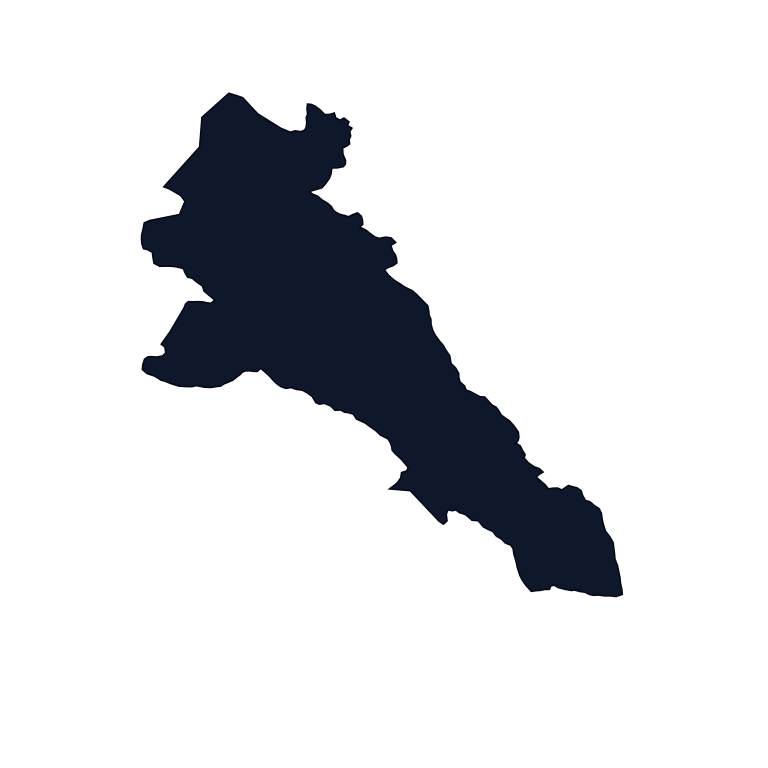 the district of Ubaíra, Bahia, Brazil, rotated 315°
{"feature_id": "56859067B29513354992445", "entity_name": "Ubaíra", "entity_type": "district", "adm_level": 2, "iso_a3": "BRA", "parent_name": "Brazil", "parent_adm1": "Bahia", "projection": "equal_earth", "projection_center": [-39.677, -13.316], "detail": "fine", "context": "isolated", "style": "filled", "palette": "ink", "viewbox_px": 768, "rotation_deg": 315, "n_neighbors": 0, "source": "geoboundaries", "source_scale": "gbopen_adm2", "svg_char_len": 4037}
<svg xmlns="http://www.w3.org/2000/svg" viewBox="0 0 768 768"><g transform="rotate(315 384 384)"><path d="M367.7,88.8L370.1,94.1L371.3,98.5L373.5,107.1L372.4,114.1L359.2,119.5L334.1,102.8L328.4,100.5L323.9,103.6L318.0,107.2L314.8,110.2L311.8,113.8L309.6,118.3L311.8,121.7L313.3,127.1L310.7,130.3L306.7,136.0L308.6,142.2L312.3,145.7L315.6,149.0L318.7,152.6L321.4,156.5L323.7,160.5L321.8,165.0L320.7,169.6L323.2,173.8L323.7,180.1L324.9,186.3L322.4,191.2L323.0,197.8L323.7,205.0L318.8,204.5L316.0,201.2L314.0,197.8L310.7,194.2L306.9,190.6L303.9,187.4L300.5,187.0L296.2,188.8L270.7,195.5L254.6,198.3L255.2,202.9L251.6,207.7L247.2,207.5L242.2,204.1L238.8,200.0L236.3,197.8L232.2,197.1L227.4,199.6L223.4,202.7L223.7,208.8L227.5,216.5L229.0,223.5L231.3,227.6L233.6,233.2L237.5,240.6L243.6,247.4L246.7,250.4L250.0,252.3L254.8,259.4L259.4,264.3L263.3,267.1L267.0,270.0L271.2,270.9L275.1,272.6L280.1,274.5L284.5,274.9L288.8,275.6L292.3,275.5L295.3,276.8L298.3,279.7L300.5,282.6L303.3,285.6L307.8,285.6L308.3,291.0L308.6,297.3L308.3,302.7L308.3,307.7L309.2,312.9L311.5,317.8L315.6,320.7L318.1,325.7L321.9,330.7L323.4,335.9L324.4,341.9L322.6,349.0L324.1,352.7L328.1,355.5L330.7,361.8L330.7,367.9L334.9,371.7L336.2,376.2L338.5,379.0L340.9,383.5L339.8,389.4L341.5,394.1L343.0,398.1L343.8,403.4L345.2,411.2L345.3,417.8L348.0,425.4L347.1,429.5L345.3,433.5L343.0,436.5L342.6,441.0L343.0,449.3L342.1,460.0L338.7,461.5L333.8,459.0L329.4,462.2L324.6,463.1L321.2,463.1L313.6,462.0L327.1,478.0L325.9,519.8L326.9,525.2L331.8,525.4L336.1,520.0L340.3,518.3L342.7,522.0L345.7,523.8L346.4,528.5L349.2,533.7L349.6,538.2L349.8,542.5L353.9,547.4L353.2,555.4L354.9,560.8L356.6,565.1L355.9,571.0L357.4,576.8L357.3,582.2L359.6,587.6L358.9,591.6L355.5,596.2L352.3,602.1L348.4,608.2L344.6,615.6L343.0,620.8L342.0,626.4L341.5,634.8L345.1,637.5L348.7,640.6L352.3,642.9L355.8,646.3L359.2,644.7L362.1,646.7L363.2,651.2L366.2,656.2L370.4,662.5L373.0,664.5L375.6,669.1L378.9,673.4L380.4,678.0L382.6,681.5L386.1,684.6L390.3,690.0L394.3,694.0L397.7,698.3L403.7,701.3L407.1,697.3L410.1,692.5L414.3,687.3L417.6,682.2L420.8,677.4L423.7,670.9L427.2,666.8L430.5,662.5L433.9,658.2L435.7,651.7L436.6,644.6L440.6,637.1L443.2,633.2L446.3,629.2L448.0,624.2L446.8,618.7L446.4,612.9L444.1,608.8L445.7,603.2L448.0,598.8L447.1,593.9L444.8,590.1L442.6,586.1L438.3,585.3L434.9,584.7L433.3,580.4L429.7,577.0L426.1,574.3L426.7,569.8L426.3,563.4L425.8,557.5L429.5,557.6L434.2,558.8L434.0,553.6L431.6,548.6L430.4,541.9L430.8,535.5L433.9,533.7L434.9,529.2L436.6,524.2L435.5,519.2L438.6,518.9L441.6,517.2L445.0,513.0L446.3,505.5L446.7,498.6L445.8,494.3L445.0,488.8L446.3,484.1L446.9,479.6L445.6,475.7L445.7,470.6L446.1,464.5L442.9,460.9L441.3,455.5L439.7,450.2L437.8,446.6L439.6,442.3L439.3,436.0L442.0,431.8L444.4,429.3L446.0,423.4L446.0,416.8L450.5,410.5L451.8,403.5L453.2,398.8L453.7,392.6L454.7,386.0L456.5,380.3L459.4,375.2L462.9,371.5L464.6,367.2L467.1,364.3L470.3,359.6L470.3,353.0L470.4,343.3L470.1,338.4L468.3,333.2L466.9,328.5L466.1,324.2L464.6,317.8L464.1,310.4L465.0,303.6L469.1,304.5L474.2,306.8L478.8,307.5L481.6,304.1L483.4,300.7L484.2,296.1L486.9,290.9L492.4,292.2L492.4,285.8L489.3,281.5L486.5,279.5L483.6,277.7L481.6,273.6L480.7,268.2L480.1,262.5L477.8,255.8L481.7,256.2L484.4,253.3L486.7,249.3L486.3,244.2L481.5,242.0L477.2,240.6L475.5,237.2L472.7,232.7L471.0,226.4L472.3,221.0L472.0,216.5L470.3,209.7L469.9,204.1L467.8,199.4L467.3,195.1L478.8,201.4L483.6,201.2L487.3,200.5L490.8,200.0L495.2,198.0L499.8,194.4L504.1,198.4L508.9,201.6L512.2,201.2L514.9,198.7L517.5,192.5L521.6,187.9L525.7,189.4L529.5,189.9L532.2,186.5L535.8,185.2L538.2,181.3L542.3,180.4L540.9,175.4L544.6,173.9L543.8,167.6L539.6,166.4L538.1,161.8L540.5,157.2L536.4,155.1L532.6,151.5L532.7,144.7L531.8,138.9L530.4,135.0L527.9,131.9L524.0,135.0L520.8,139.1L517.5,140.5L513.9,144.8L510.4,147.4L507.4,148.3L503.7,146.8L500.2,142.1L495.8,139.6L494.3,135.9L492.0,130.5L485.8,103.9L486.1,93.3L486.6,81.6L480.0,68.7L461.6,67.7L443.8,66.7L421.2,86.0L367.7,88.8Z" fill="#0f172a" stroke="#020617" stroke-width="1.5"/></g></svg>